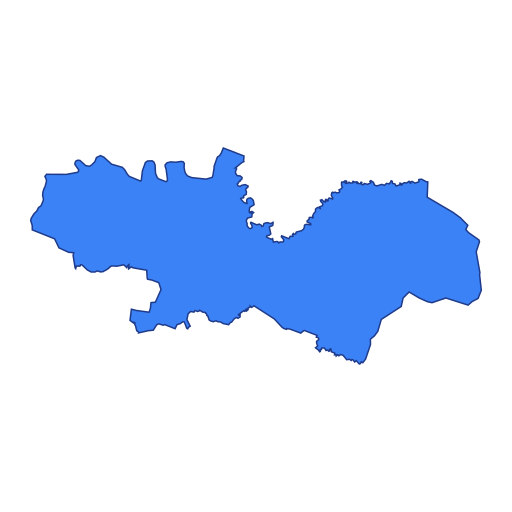 Priekuļu pag., Priekulu, Latvia
{"feature_id": "27541924B48534505716436", "entity_name": "Priekuļu pag.", "entity_type": "district", "adm_level": 2, "iso_a3": "LVA", "parent_name": "Latvia", "parent_adm1": "Priekulu", "projection": "mercator", "projection_center": [25.395, 57.328], "detail": "fine", "context": "isolated", "style": "filled", "palette": "blue", "viewbox_px": 512, "rotation_deg": 0, "n_neighbors": 0, "source": "geoboundaries", "source_scale": "gbopen_adm2", "svg_char_len": 6085}
<svg xmlns="http://www.w3.org/2000/svg" viewBox="0 0 512 512"><path d="M478.1,298.4L481.3,290.2L479.6,274.8L479.9,272.6L476.2,251.8L479.5,241.7L478.9,239.9L468.5,232.6L465.8,229.5L467.8,225.3L460.3,217.7L452.9,212.3L427.2,197.2L427.8,181.9L426.4,181.8L421.6,179.2L418.9,179.5L418.7,180.0L419.0,181.2L418.7,181.9L415.6,182.9L414.7,183.0L412.1,181.4L410.7,181.9L410.8,183.0L410.3,183.2L409.0,181.3L406.7,183.0L404.2,182.7L402.4,183.8L402.0,184.9L401.2,184.9L400.9,183.4L400.0,183.1L399.9,184.8L396.0,186.0L395.1,184.0L392.5,183.4L392.3,181.4L391.5,180.8L390.9,181.0L390.6,182.1L389.3,183.8L386.5,183.4L384.5,185.3L381.9,184.4L376.9,185.9L374.5,185.1L373.5,182.4L370.8,180.6L369.9,181.3L370.8,182.4L370.5,183.0L367.5,184.3L364.2,183.5L363.4,184.7L362.1,184.6L361.4,183.6L361.8,182.5L361.2,182.2L360.8,182.4L360.6,183.7L357.0,183.4L356.8,183.1L357.7,182.5L357.0,181.8L354.6,182.1L353.7,181.5L352.9,181.5L353.3,182.5L353.1,182.8L350.6,183.1L349.0,182.2L348.5,182.9L345.9,183.5L345.1,182.7L346.5,181.9L346.7,181.3L346.4,181.0L344.9,180.9L342.9,182.3L341.8,182.0L341.5,182.7L341.6,185.8L342.5,187.1L341.0,188.9L339.0,189.9L339.7,191.2L339.3,192.4L336.9,192.9L335.2,192.2L333.1,192.7L332.7,192.2L331.8,192.8L331.3,195.1L332.7,198.2L332.6,198.9L329.1,198.0L327.9,199.7L328.1,200.7L327.8,201.0L326.0,199.3L325.2,200.3L325.8,201.4L325.5,202.0L323.8,201.6L321.9,199.7L320.4,200.2L320.7,201.4L322.8,203.7L322.5,205.7L319.6,206.8L320.1,208.3L317.9,207.4L316.3,208.3L315.5,209.2L315.5,211.5L313.7,213.6L312.6,216.0L313.2,217.4L312.4,217.9L312.0,217.4L309.5,217.4L309.1,217.8L309.1,219.2L307.1,220.9L307.2,222.0L310.2,223.3L310.8,224.0L310.7,224.8L306.4,224.3L304.8,224.9L304.4,225.4L304.4,226.8L303.6,229.1L301.5,230.7L296.5,232.0L296.1,232.3L295.7,234.0L293.9,234.2L293.4,233.5L292.5,234.5L292.9,236.3L290.2,236.3L288.9,238.7L281.7,235.8L281.3,236.8L283.6,239.5L283.5,241.6L282.4,242.1L280.1,241.9L278.7,242.9L277.7,241.7L276.8,241.5L273.4,242.1L272.6,238.6L271.0,239.2L266.5,237.1L266.8,235.8L269.3,235.2L270.8,233.9L269.4,227.5L269.5,226.8L272.7,225.5L273.1,222.9L273.0,222.3L270.8,223.6L267.2,222.6L264.2,223.4L263.8,223.8L263.2,226.0L261.8,226.5L261.2,225.2L259.3,224.1L256.7,224.8L251.1,222.3L250.7,222.4L250.6,223.2L251.8,225.2L252.2,227.2L251.6,228.1L250.1,228.6L249.1,228.3L247.1,225.9L247.1,223.4L246.3,221.3L246.6,219.7L247.6,218.1L251.8,216.9L252.1,213.9L253.6,212.6L252.0,211.4L250.8,211.8L251.2,212.5L250.9,212.9L249.9,212.8L249.4,212.3L249.2,210.2L249.8,207.4L254.1,204.7L253.4,200.8L252.5,199.3L250.5,197.9L248.2,198.3L246.9,199.4L246.6,200.9L247.0,203.4L246.6,203.6L243.7,202.3L241.2,199.4L240.7,198.3L243.6,197.8L243.8,197.2L243.4,196.3L243.8,195.7L246.2,194.4L246.5,191.9L245.7,189.8L246.0,188.8L247.9,187.1L248.1,186.0L245.2,184.6L241.7,185.3L240.2,186.4L238.1,185.9L237.2,184.1L238.3,183.1L238.7,182.0L240.1,181.2L240.1,180.4L241.7,179.4L242.1,177.5L240.1,175.9L237.2,175.7L235.5,173.1L235.6,171.0L236.5,169.2L236.4,167.6L235.6,167.7L242.0,162.5L243.9,161.6L243.6,161.0L244.0,156.0L223.3,148.0L221.2,153.2L219.5,155.7L217.6,156.9L217.1,157.7L214.1,166.3L214.1,168.0L212.9,175.5L212.2,177.4L206.0,179.1L191.7,177.6L187.5,175.9L185.6,173.5L184.7,171.1L184.1,167.6L184.3,163.3L183.2,161.8L181.3,161.4L175.9,162.2L170.5,161.9L167.0,162.8L165.1,164.9L165.2,166.5L166.1,169.1L167.5,179.7L166.8,181.3L166.0,181.7L158.7,178.9L157.4,177.8L155.5,173.4L155.1,165.1L154.0,162.2L152.2,160.8L147.5,161.0L145.4,162.5L142.4,170.9L141.3,180.2L140.6,181.1L129.3,176.4L127.4,174.3L124.6,169.6L122.3,167.3L111.6,164.2L103.8,157.1L100.5,155.6L96.5,157.5L94.9,161.6L91.8,164.8L89.6,166.3L85.7,165.6L79.9,160.4L77.7,160.2L75.7,161.2L74.9,163.3L75.0,164.6L78.7,169.9L78.4,171.7L77.1,172.4L66.3,174.4L46.5,174.3L44.9,176.4L46.3,179.4L46.4,181.7L44.9,187.1L44.1,188.3L42.9,192.1L42.6,195.6L43.4,198.6L43.2,200.7L41.0,205.8L38.5,207.6L36.7,211.1L33.9,213.9L31.1,218.5L30.7,220.6L32.2,225.3L32.3,229.9L54.6,238.8L59.0,247.9L68.6,252.3L73.7,252.7L73.1,255.4L75.1,267.8L75.7,268.6L76.4,266.1L80.0,266.1L80.5,264.7L82.0,264.9L87.3,269.9L91.1,272.0L95.0,272.0L97.3,270.9L100.4,271.9L102.9,271.7L107.3,269.3L109.7,267.4L109.6,267.0L111.8,265.9L116.9,266.2L123.8,264.8L126.8,267.7L127.5,265.9L128.9,264.7L128.7,268.8L131.4,266.8L132.9,267.8L146.7,270.2L147.2,278.2L147.5,279.2L152.0,280.1L158.8,282.7L161.0,289.6L155.4,302.2L151.0,302.6L150.4,308.4L149.1,312.2L136.5,310.5L131.4,309.2L130.0,320.4L133.4,322.9L133.8,322.2L135.0,323.0L134.5,323.7L135.7,326.4L136.4,329.5L136.9,330.9L138.8,332.2L138.6,332.9L148.2,330.7L153.3,330.2L156.6,324.9L158.7,323.8L163.2,325.2L164.7,324.6L175.1,328.7L177.0,324.6L180.3,323.6L182.9,321.7L184.4,322.1L186.7,328.2L187.7,328.8L188.5,327.3L190.2,326.2L186.9,319.6L188.1,313.8L190.6,311.5L194.0,312.1L195.0,310.5L197.7,311.5L199.3,310.9L199.4,310.3L200.2,310.5L202.4,312.0L205.6,312.6L205.6,313.2L206.7,314.2L206.8,315.4L207.8,316.0L209.1,319.9L210.7,321.0L213.3,321.7L216.1,320.8L217.4,321.6L220.6,322.0L223.3,323.6L228.6,324.7L230.4,322.5L231.6,322.1L234.4,318.6L236.7,317.5L238.0,318.3L240.1,316.9L240.1,314.7L238.9,315.2L238.5,314.7L243.5,310.8L244.5,311.3L245.4,310.2L246.1,311.2L247.1,310.6L246.3,309.7L246.4,309.0L248.1,309.4L248.1,308.0L250.3,307.0L250.2,306.1L251.6,307.4L254.0,305.8L274.3,318.9L282.0,327.2L284.0,328.6L286.5,329.3L286.6,328.6L289.7,329.0L300.7,333.1L304.2,330.4L317.1,335.4L316.3,337.1L318.2,337.7L318.8,339.1L318.3,340.0L316.8,341.1L316.5,342.0L316.8,343.8L317.7,345.9L315.5,347.8L318.6,350.2L319.6,351.8L320.3,351.5L320.1,349.9L321.5,349.5L321.3,348.6L321.7,348.0L324.4,348.0L326.0,350.5L327.4,350.0L328.9,351.3L329.6,350.9L329.6,349.3L330.5,348.8L330.9,349.1L331.4,351.8L334.8,353.1L334.5,354.9L336.0,354.7L336.2,356.0L337.7,354.7L338.8,355.8L340.7,354.5L343.2,355.4L346.7,359.7L349.6,359.3L351.2,360.5L351.9,359.6L352.8,359.7L354.7,362.0L356.2,360.6L359.3,364.0L360.4,363.6L361.3,361.8L362.8,362.7L365.6,359.1L370.5,344.5L370.4,339.2L374.5,335.8L377.8,331.3L381.3,319.4L401.2,306.5L403.1,298.0L409.1,292.0L419.4,298.1L427.4,301.7L432.0,302.7L445.8,298.0L468.1,305.1L472.1,301.6L478.1,298.4Z" fill="#3b82f6" stroke="#1e3a8a" stroke-width="1.5"/></svg>